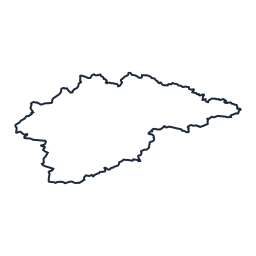 SVG path tracing the border of Novgorod
{"feature_id": "RUS-2334", "entity_name": "Novgorod", "entity_type": "Region", "adm_level": 1, "iso_a3": "RUS", "parent_name": "Russia", "parent_adm1": "", "projection": "natural_earth1", "projection_center": [32.749, 58.181], "detail": "fine", "context": "isolated", "style": "outline", "palette": "slate", "viewbox_px": 256, "rotation_deg": 0, "n_neighbors": 0, "source": "natural_earth", "source_scale": "10m", "svg_char_len": 5739}
<svg xmlns="http://www.w3.org/2000/svg" viewBox="0 0 256 256"><path d="M188.9,87.2L189.1,88.8L189.7,89.2L191.5,89.7L193.1,89.3L193.7,89.4L193.9,89.6L193.8,90.1L192.4,92.3L196.4,93.2L196.9,94.2L197.2,94.3L198.5,94.2L199.0,94.3L199.0,95.1L199.5,95.4L200.3,95.4L202.6,94.5L203.9,94.7L204.0,95.1L203.0,96.6L202.5,99.9L203.1,100.0L205.0,99.2L205.6,99.3L205.4,100.0L205.5,100.6L206.1,101.4L207.3,102.1L208.1,102.1L208.4,100.9L208.8,100.4L211.8,98.6L215.4,98.7L215.9,99.1L216.6,99.2L218.9,99.1L219.1,99.2L219.3,99.8L220.0,99.9L221.4,99.8L222.6,99.1L223.3,99.1L223.9,99.4L226.2,101.1L226.1,101.4L225.2,101.3L224.4,101.5L224.3,102.1L224.7,102.5L225.5,102.9L226.8,103.0L228.5,102.6L230.9,102.6L231.3,102.8L231.7,103.6L232.0,103.8L233.4,104.0L234.5,104.6L236.2,104.8L236.8,105.1L237.0,106.4L237.5,107.4L237.1,108.3L237.3,108.6L237.9,108.8L240.0,108.8L240.5,109.1L240.6,109.6L239.4,110.4L239.0,110.8L238.5,112.1L238.5,112.6L238.2,113.3L237.2,113.6L236.6,113.3L235.8,113.4L232.6,114.8L231.2,115.2L230.6,115.7L231.0,117.0L227.1,117.2L225.1,116.6L218.2,116.0L217.3,116.0L215.8,116.7L213.8,117.3L211.6,116.8L209.6,118.5L208.7,118.7L207.5,118.7L207.3,118.8L207.4,119.2L208.0,120.0L207.5,121.5L207.8,123.3L207.6,124.1L204.8,125.1L203.6,125.9L201.6,126.3L200.4,127.0L199.8,127.0L198.7,126.1L197.6,126.2L196.8,125.4L193.1,125.7L191.2,125.1L190.5,125.2L188.5,126.2L188.0,126.6L187.8,127.1L188.8,128.2L188.8,128.4L188.2,129.1L188.8,131.2L188.8,131.6L188.5,132.0L187.6,132.3L186.7,132.2L183.8,130.8L182.3,130.8L181.9,130.4L181.6,129.6L181.1,129.3L169.2,126.6L167.1,127.3L166.0,127.4L165.4,127.2L165.1,126.4L164.4,126.1L164.1,126.3L162.3,128.1L160.1,129.4L157.6,129.5L154.7,128.8L153.3,129.0L152.7,129.3L151.9,130.1L151.9,130.3L152.3,130.9L152.2,131.3L150.6,131.4L149.2,132.5L148.5,133.3L148.7,133.7L150.2,134.3L151.7,134.2L153.6,135.7L153.9,136.9L153.5,137.5L154.1,139.0L154.2,139.5L153.8,140.2L153.0,141.1L150.3,142.0L149.8,142.3L149.5,144.5L149.1,145.6L149.2,146.9L148.5,148.2L146.5,149.7L145.1,149.6L144.2,149.8L141.2,151.1L141.0,151.6L141.6,153.1L140.7,155.0L140.4,155.2L138.7,155.5L138.3,155.7L138.2,156.0L138.5,157.9L140.0,160.2L140.2,160.9L138.6,161.1L138.2,160.9L137.8,160.1L137.5,160.0L133.3,159.3L133.1,159.5L133.3,160.1L133.2,160.3L131.9,160.7L128.0,159.9L126.2,160.0L123.6,159.6L121.9,161.2L119.4,162.1L119.1,162.5L119.2,163.1L119.0,163.9L118.6,164.7L118.2,165.3L116.9,166.0L114.5,166.6L113.6,167.1L113.2,167.7L112.2,167.7L110.9,168.1L109.7,169.5L109.2,169.6L107.5,169.3L105.9,168.0L105.1,167.8L104.5,167.9L104.5,168.5L105.2,169.4L105.2,170.9L105.1,171.3L103.0,171.8L99.9,172.0L98.9,173.3L97.2,173.6L95.4,174.7L94.4,174.9L94.1,175.2L93.6,176.2L93.4,176.4L93.0,176.3L91.8,175.0L89.5,175.9L88.7,176.0L87.0,175.5L85.7,175.5L85.5,176.0L84.4,176.9L84.1,177.6L84.0,178.3L84.4,179.7L83.4,180.0L82.4,181.1L80.7,181.9L79.5,182.9L78.0,182.7L76.3,183.0L75.3,182.9L73.8,182.6L72.3,181.7L71.6,181.5L69.8,181.8L65.0,183.2L64.5,183.1L64.1,182.5L63.5,182.2L61.0,181.7L56.9,182.1L56.3,182.6L55.3,182.9L54.0,182.2L50.1,181.9L48.9,181.6L48.7,180.9L48.8,177.9L49.6,173.7L48.7,172.3L48.7,171.9L49.4,171.3L51.7,170.7L51.8,170.1L52.7,169.8L53.0,169.5L53.3,168.7L44.4,166.0L42.7,164.9L42.0,164.2L41.9,163.9L43.3,163.3L43.7,162.8L43.7,161.9L43.5,159.7L43.6,158.7L45.5,156.5L47.8,152.7L44.7,151.2L43.1,149.8L43.1,149.5L44.5,148.0L44.8,147.5L44.7,147.0L41.7,146.0L41.1,145.6L41.2,145.4L44.1,144.8L44.7,144.3L45.8,142.3L45.8,141.7L45.6,141.3L45.2,140.8L32.8,139.7L31.7,139.0L29.5,138.4L24.9,138.2L24.3,137.6L24.3,136.9L27.2,134.8L27.3,134.5L27.2,134.1L26.4,134.1L25.3,134.7L24.6,134.7L23.3,134.1L21.0,132.1L20.2,131.7L18.8,131.8L17.1,132.7L16.4,132.7L16.1,132.4L16.7,128.4L16.7,127.8L15.6,126.6L15.4,125.9L15.5,125.0L16.7,124.1L19.4,122.5L19.8,122.1L20.6,121.0L21.3,120.4L24.8,118.5L25.6,117.2L26.5,116.2L27.5,116.0L28.8,116.2L29.6,115.2L31.6,114.2L31.8,113.8L31.3,113.4L31.4,112.8L33.2,112.3L31.1,109.2L30.6,108.0L30.5,107.6L30.8,106.5L31.5,105.3L31.5,104.8L31.1,104.1L31.0,103.6L31.1,103.4L33.0,102.2L33.9,102.0L35.6,102.6L36.5,102.4L37.2,102.5L37.9,103.2L39.3,103.5L40.2,104.3L40.9,104.5L41.7,104.5L44.5,103.5L46.5,103.2L48.0,103.3L51.7,102.8L52.1,102.3L52.3,99.9L52.5,99.3L53.6,98.1L58.8,94.6L60.5,92.8L61.1,91.4L61.2,89.1L61.9,88.5L62.7,88.2L64.1,88.0L65.0,88.6L67.1,88.4L67.3,88.6L67.5,89.4L68.5,90.7L70.6,92.6L72.3,92.4L72.6,92.1L72.4,91.5L72.8,90.8L73.6,90.2L74.5,89.1L75.9,88.6L77.3,87.7L78.3,86.1L78.5,84.3L79.3,83.0L80.8,82.5L80.9,82.3L81.0,81.6L80.2,80.9L80.0,80.2L80.3,78.9L80.4,78.1L80.1,76.3L80.2,75.9L80.8,75.6L81.9,75.7L84.8,76.6L86.5,77.2L87.6,77.9L89.4,78.1L90.1,78.0L90.4,77.7L90.9,77.1L92.0,75.3L93.1,74.6L94.0,74.3L94.8,75.1L96.3,75.4L98.4,75.1L100.2,74.5L100.5,74.7L100.9,75.7L101.1,76.1L103.2,77.2L103.5,77.8L103.8,79.0L105.3,79.2L105.7,79.8L106.5,80.4L106.7,80.7L106.6,81.5L105.8,82.4L105.9,82.7L106.2,83.0L106.9,83.2L107.1,82.7L107.7,82.6L110.1,82.8L111.5,83.3L113.0,83.2L114.3,83.7L115.8,83.8L117.4,84.4L117.7,84.7L117.8,85.5L118.2,86.3L119.4,86.0L120.0,85.5L121.8,83.0L122.0,82.3L121.3,81.5L120.9,80.6L120.9,80.0L121.0,79.8L122.9,78.4L124.8,76.5L126.1,76.2L127.7,75.1L128.2,74.6L128.3,73.6L128.6,73.0L129.2,72.8L130.3,72.9L130.7,73.2L131.7,74.7L132.1,74.9L133.3,75.0L135.7,75.6L137.6,76.6L138.3,77.4L138.7,77.6L140.3,77.8L141.5,77.7L141.8,77.3L142.0,75.2L147.6,75.4L149.0,76.1L150.6,76.7L151.5,77.9L151.8,78.1L153.6,78.3L154.6,78.7L155.9,80.3L157.7,81.5L157.8,81.7L157.8,82.2L158.1,82.5L159.1,83.1L159.5,83.1L160.1,82.5L160.9,82.5L161.4,83.6L162.2,84.4L162.9,84.9L164.0,85.2L165.3,85.4L166.4,85.2L167.7,85.4L167.8,85.2L167.9,84.7L168.4,84.2L169.3,84.1L171.3,84.3L172.1,83.4L172.6,83.0L173.9,83.6L176.5,84.0L177.3,84.3L178.0,85.1L178.7,85.5L181.0,85.8L182.0,86.6L182.9,87.0L185.6,86.6L188.9,87.2Z" fill="none" stroke="#1e293b" stroke-width="2"/></svg>